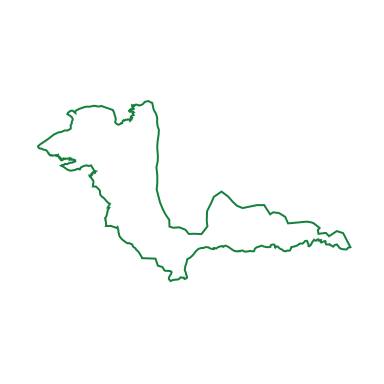 outline of Fanteakwa South, Eastern, Ghana, rotated 55°
{"feature_id": "2480657B5172435396617", "entity_name": "Fanteakwa South", "entity_type": "district", "adm_level": 2, "iso_a3": "GHA", "parent_name": "Ghana", "parent_adm1": "Eastern", "projection": "robinson", "projection_center": [-0.395, 6.371], "detail": "fine", "context": "isolated", "style": "outline", "palette": "green", "viewbox_px": 384, "rotation_deg": 55, "n_neighbors": 0, "source": "geoboundaries", "source_scale": "gbopen_adm2", "svg_char_len": 5956}
<svg xmlns="http://www.w3.org/2000/svg" viewBox="0 0 384 384"><g transform="rotate(55 192 192)"><path d="M328.1,93.9L312.4,91.8L307.1,95.8L306.8,105.1L302.3,105.8L298.8,112.4L295.3,110.7L294.7,108.1L287.3,110.3L285.3,111.7L282.3,114.7L272.8,131.3L265.8,129.9L259.0,132.9L255.2,137.2L255.1,140.8L244.0,140.4L242.2,143.4L241.0,144.8L239.8,146.8L234.2,159.7L229.2,163.0L223.0,164.3L216.5,165.0L208.6,167.6L208.5,176.9L212.0,182.6L216.4,190.7L224.0,196.4L229.0,199.1L231.9,208.4L227.5,214.1L224.5,218.7L219.2,219.0L213.6,222.7L210.7,227.7L207.4,230.3L201.8,226.6L195.7,226.6L189.8,225.9L182.2,224.2L169.5,219.4L164.9,215.4L158.7,211.0L151.4,207.0L147.0,202.3L142.3,198.9L135.5,194.9L131.2,191.5L125.9,186.5L122.1,183.5L118.3,182.4L115.0,180.7L111.5,178.1L107.7,176.7L102.7,176.2L96.2,173.5L95.4,174.1L92.6,175.5L92.2,176.1L91.1,179.1L91.7,181.2L91.8,182.5L91.5,184.0L90.8,185.8L89.6,186.4L88.2,187.8L88.3,188.9L87.7,189.4L88.2,189.9L87.3,190.6L87.7,191.2L86.8,191.5L87.4,191.9L87.7,191.4L88.1,191.6L88.6,191.4L88.9,192.1L89.3,192.3L90.2,191.9L90.6,192.0L90.5,192.5L89.4,192.8L89.7,193.8L88.9,194.9L89.2,195.5L89.2,196.8L89.8,197.1L90.7,196.8L90.8,196.0L91.8,194.5L92.1,194.4L92.4,194.8L92.6,194.3L93.4,194.0L93.4,194.3L92.9,194.7L93.2,195.1L94.3,195.6L95.5,195.6L95.0,197.7L95.2,198.9L95.6,199.1L96.9,198.5L97.0,198.7L96.6,199.3L96.5,199.9L97.6,199.7L97.9,199.9L97.8,200.2L97.2,200.3L97.1,200.7L97.5,201.4L98.1,201.4L98.2,201.8L97.6,201.6L95.7,202.8L95.6,203.9L94.7,204.9L94.8,206.3L93.9,206.8L94.1,208.1L95.5,209.7L94.9,210.6L95.2,211.2L94.8,213.5L93.2,214.7L90.9,215.0L88.3,212.4L83.8,210.9L81.9,210.1L81.0,210.2L79.6,209.7L69.4,217.0L69.5,217.4L68.9,218.7L67.8,220.2L65.3,222.6L63.2,227.3L61.9,229.0L60.9,230.8L59.1,237.2L59.0,238.8L58.7,239.8L59.1,241.4L60.4,242.2L58.3,242.8L57.3,242.8L55.9,244.6L55.9,247.9L56.6,249.4L61.5,247.5L63.7,247.8L64.6,248.5L65.8,250.6L66.8,251.0L67.7,253.1L70.3,254.7L70.6,255.7L70.1,258.9L68.5,261.1L67.9,264.6L66.5,267.4L65.7,272.3L66.1,279.4L65.9,288.9L66.2,291.9L66.8,292.2L68.7,292.1L70.1,290.4L71.8,289.6L74.1,287.5L76.0,287.2L77.2,287.5L78.0,287.1L78.8,287.5L80.6,287.1L80.7,286.7L81.1,286.6L80.9,286.0L82.3,285.4L83.5,282.7L84.0,282.6L84.1,281.5L84.5,281.2L84.9,281.7L85.0,281.3L85.2,281.2L85.1,280.9L85.5,281.1L85.6,280.6L87.7,281.2L88.0,280.7L88.3,280.8L88.1,280.3L88.7,280.2L88.7,280.6L89.0,280.8L90.4,279.8L90.8,281.0L91.1,281.0L91.5,280.0L91.2,279.6L91.2,279.4L91.5,279.6L91.6,279.4L90.9,278.0L91.5,277.8L91.4,277.4L91.7,277.2L92.3,277.0L92.3,276.2L93.0,275.0L93.4,274.9L93.7,274.1L94.1,273.7L94.0,273.0L94.5,273.0L95.1,273.5L95.0,272.7L95.3,272.9L95.5,272.4L95.7,272.7L96.2,272.6L96.2,272.2L96.5,272.2L97.0,271.3L97.0,270.9L97.6,270.4L98.2,270.6L98.3,269.9L98.6,269.6L99.9,269.9L99.7,271.7L99.2,272.5L99.2,273.6L98.5,274.3L97.9,275.8L97.6,278.3L96.0,280.1L96.3,281.8L95.3,283.0L95.3,284.2L97.7,282.8L102.1,281.3L104.8,279.4L106.4,276.3L107.1,274.3L107.1,273.1L107.6,272.5L107.6,271.9L109.2,271.0L109.0,270.2L108.2,269.3L108.1,268.9L108.7,265.6L109.7,263.1L111.5,261.7L112.3,259.4L118.6,259.9L119.7,259.0L119.6,259.8L120.4,260.0L120.7,260.3L120.6,260.7L120.0,260.8L119.0,261.8L119.2,262.8L119.3,262.5L119.6,262.4L120.1,263.0L120.1,263.8L120.7,264.2L120.9,265.0L120.6,265.6L120.6,266.4L120.1,266.7L120.7,266.9L122.5,266.4L125.0,266.5L125.7,266.3L126.1,266.4L127.7,267.2L129.1,268.9L130.0,269.3L130.7,269.2L130.8,269.7L132.6,267.5L136.9,266.7L138.3,266.8L141.0,268.4L142.2,268.7L144.7,268.4L145.5,267.9L147.0,267.6L152.4,267.0L154.6,266.0L156.5,270.1L157.5,269.0L158.8,271.9L160.3,273.0L160.4,273.4L161.8,274.9L163.1,276.6L163.5,278.2L165.0,278.6L165.4,279.2L166.4,279.3L168.2,280.2L168.4,280.6L169.9,281.2L170.5,282.0L173.3,277.9L178.0,274.5L177.9,273.1L181.1,274.2L182.8,275.4L183.9,275.6L186.0,276.6L187.2,276.8L190.7,276.5L195.5,275.0L197.3,274.0L197.7,272.8L199.3,272.1L200.1,271.2L201.2,271.1L202.2,271.5L203.4,271.5L205.7,270.6L207.1,270.8L210.3,270.1L216.4,270.5L217.5,270.9L225.6,260.2L232.9,262.2L236.0,259.6L236.9,259.2L240.0,259.6L241.1,259.2L243.6,255.9L245.1,254.7L245.9,254.7L247.2,256.2L247.8,257.9L249.0,260.2L250.1,260.9L252.7,260.6L253.0,258.5L254.8,254.9L255.4,254.3L255.8,252.4L255.4,250.1L256.8,249.1L257.3,247.8L258.9,248.0L259.6,246.0L259.0,245.0L258.5,244.7L256.8,244.3L253.8,243.1L252.3,242.9L251.5,242.5L249.0,240.1L246.9,237.2L244.3,234.4L244.7,231.5L244.3,227.8L242.7,222.6L242.3,219.3L243.3,216.4L244.4,214.7L244.8,213.0L245.4,211.8L246.7,210.3L248.2,209.8L251.0,207.4L251.2,207.1L250.5,206.8L250.4,206.3L250.6,205.9L252.1,204.6L252.2,202.1L253.1,199.1L253.5,198.5L254.6,198.1L254.4,197.4L254.9,197.2L255.0,195.6L255.5,195.0L257.9,193.7L262.8,191.9L264.7,191.0L267.1,188.4L267.0,187.6L267.4,187.0L268.1,186.7L268.0,186.0L268.7,184.5L269.2,183.9L270.6,183.4L271.5,182.5L273.5,178.7L273.6,178.1L274.7,177.2L276.0,175.4L275.9,174.7L274.6,173.3L274.4,171.6L274.5,170.3L275.3,168.2L275.7,166.1L276.3,165.4L277.8,164.5L280.0,162.5L281.6,160.2L281.9,159.1L280.8,158.2L281.0,156.7L281.9,155.2L282.6,154.7L283.9,155.2L284.7,155.7L285.4,155.6L285.1,154.2L285.3,153.8L285.9,153.0L288.1,152.7L289.8,152.0L290.6,151.3L292.9,150.7L294.3,149.3L294.6,147.6L295.8,146.1L296.0,145.3L295.0,143.2L294.3,142.7L294.1,142.1L295.4,139.3L296.1,136.7L296.2,133.2L296.9,131.9L297.6,131.2L297.7,130.3L297.0,127.7L297.3,127.0L297.7,126.0L298.3,125.8L298.8,125.8L300.0,126.5L300.9,126.3L303.0,127.6L303.6,127.3L303.8,126.9L303.6,125.2L303.1,124.6L302.9,123.7L302.0,122.2L301.1,119.4L302.4,119.0L303.0,118.3L302.8,117.0L303.2,115.6L303.7,115.5L304.5,116.1L304.9,115.4L305.1,114.2L305.4,113.9L306.3,115.1L306.6,115.3L307.2,115.3L307.7,114.6L308.1,112.3L308.5,111.1L309.1,110.9L310.4,111.9L311.8,112.2L313.3,110.4L313.5,109.4L313.8,109.1L314.9,109.3L315.9,108.3L317.6,107.9L317.8,107.5L317.3,105.3L318.2,103.3L319.1,103.5L320.2,103.2L321.4,103.2L321.9,103.4L324.0,102.5L324.3,102.1L325.0,101.7L327.6,98.6L327.7,98.1L327.2,96.3L327.5,95.0L328.0,94.5L328.1,93.9Z" fill="none" stroke="#15803d" stroke-width="2"/></g></svg>